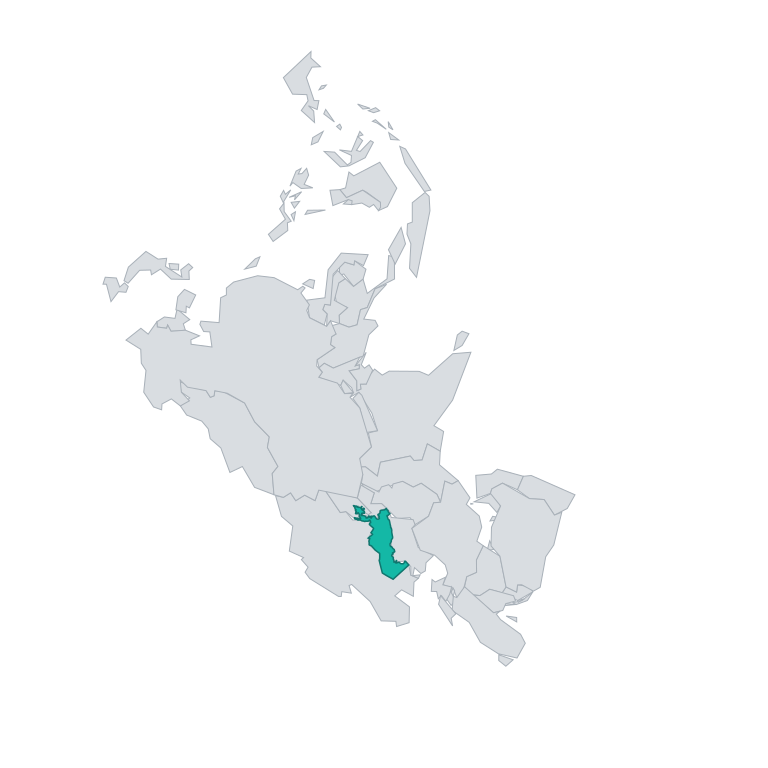 location of Uzbekistan within Asia, rotated 225°
{"feature_id": "UZB", "entity_name": "Uzbekistan", "entity_type": "country or territory", "adm_level": 0, "iso_a3": "UZB", "parent_name": "Asia", "parent_adm1": "", "projection": "robinson", "projection_center": [66.075, 41.364], "detail": "fine", "context": "in_parent", "style": "filled", "palette": "teal", "viewbox_px": 768, "rotation_deg": 225, "n_neighbors": 45, "source": "natural_earth", "source_scale": "50m", "svg_char_len": 18345}
<svg xmlns="http://www.w3.org/2000/svg" viewBox="0 0 768 768"><g transform="rotate(225 384 384)"><path d="M381.8,228.4L375.0,232.7L373.1,241.0L363.9,239.1L361.5,249.3L350.3,252.8L355.1,262.8L352.6,267.6L324.0,262.2L320.8,266.8L310.0,265.6L298.2,277.3L289.1,274.4L286.2,263.9L280.6,259.7L267.2,261.0L251.3,249.0L239.3,252.4L238.5,273.6L229.9,267.8L222.3,270.9L222.7,265.1L213.1,254.6L226.0,250.9L226.6,241.8L208.4,244.4L197.5,233.0L203.6,221.4L207.8,224.6L218.5,214.5L240.0,220.4L265.1,219.4L266.2,216.8L259.2,213.0L267.0,207.3L264.0,203.5L266.0,201.6L298.9,193.9L306.7,195.1L308.2,200.8L318.3,201.4L318.1,204.4L332.8,198.9L348.1,219.1L362.9,217.9L381.8,228.4Z" fill="#d9dde1" stroke="#a8b0b8" stroke-width="1"/><path d="M671.8,529.5L670.7,567.5L666.3,562.8L653.3,563.4L659.0,557.1L655.7,545.8L633.9,535.0L630.4,538.3L625.4,530.8L634.2,527.3L626.7,527.3L618.0,519.8L635.9,518.9L637.9,530.5L643.2,534.0L653.6,524.3L671.8,529.5ZM588.3,566.2L585.3,573.5L580.3,574.1L583.2,568.5L588.3,566.2ZM636.2,554.6L635.9,550.2L638.0,546.1L639.0,550.6L636.2,554.6ZM552.7,490.2L549.8,495.5L558.7,509.1L552.6,509.8L543.8,537.8L513.4,531.5L507.0,511.9L510.5,502.7L515.0,509.9L531.9,507.3L536.1,506.0L542.3,489.2L552.7,490.2ZM604.3,534.2L617.6,532.4L619.4,536.9L604.3,534.2ZM599.0,536.5L595.5,535.4L594.5,532.9L599.7,532.6L599.0,536.5ZM604.6,501.7L608.6,507.8L605.6,519.6L601.9,508.5L604.6,501.7ZM568.4,506.7L590.8,506.1L582.9,513.0L564.8,513.0L564.1,517.4L568.6,522.6L581.1,518.0L571.5,525.5L579.7,545.5L575.0,545.2L577.6,540.4L571.2,541.0L568.7,529.7L565.3,531.5L565.6,546.6L562.4,547.4L557.3,530.7L563.0,513.5L568.4,506.7ZM566.6,572.5L557.4,570.1L562.2,569.0L566.6,572.5ZM562.5,565.7L573.2,563.7L577.9,561.6L577.0,564.8L562.5,565.7ZM552.2,561.6L558.4,565.1L546.1,567.0L552.2,561.6ZM491.6,548.7L525.2,554.9L540.9,563.2L535.0,565.4L488.0,554.3L491.6,548.7ZM478.5,518.5L492.2,532.2L490.4,548.5L484.8,548.6L474.0,539.0L436.4,482.4L447.7,483.8L464.1,502.1L473.7,506.2L480.6,513.8L478.5,518.5Z" fill="#d9dde1" stroke="#a8b0b8" stroke-width="1"/><path d="M588.8,569.1L593.4,563.5L600.6,563.3L588.8,569.1Z" fill="#d9dde1" stroke="#a8b0b8" stroke-width="1"/><path d="M138.3,320.3L133.3,328.5L131.8,342.3L129.5,332.3L134.6,321.4L138.3,320.3Z" fill="#d9dde1" stroke="#a8b0b8" stroke-width="1"/><path d="M142.6,314.9L134.8,321.4L142.0,312.6L142.6,314.9Z" fill="#d9dde1" stroke="#a8b0b8" stroke-width="1"/><path d="M136.4,325.4L132.8,331.5L134.7,324.6L136.4,325.4Z" fill="#d9dde1" stroke="#a8b0b8" stroke-width="1"/><path d="M136.4,325.4L152.8,319.7L154.2,326.8L143.1,330.6L147.5,336.4L137.4,344.1L131.8,342.3L136.4,325.4Z" fill="#d9dde1" stroke="#a8b0b8" stroke-width="1"/><path d="M213.3,373.0L225.5,373.7L237.0,364.4L230.4,383.2L215.3,380.2L213.3,373.0Z" fill="#d9dde1" stroke="#a8b0b8" stroke-width="1"/><path d="M209.6,370.0L209.4,365.8L212.2,362.1L213.6,367.3L209.6,370.0Z" fill="#d9dde1" stroke="#a8b0b8" stroke-width="1"/><path d="M193.3,339.1L198.4,347.9L189.4,344.7L193.3,339.1Z" fill="#d9dde1" stroke="#a8b0b8" stroke-width="1"/><path d="M154.2,326.8L152.8,319.7L164.1,313.6L166.5,302.3L174.2,296.4L183.7,297.6L189.3,306.3L185.4,316.3L194.3,325.0L199.5,339.8L180.2,344.2L154.2,326.8Z" fill="#d9dde1" stroke="#a8b0b8" stroke-width="1"/><path d="M231.4,381.9L237.6,369.0L254.5,384.3L244.4,396.3L243.6,403.9L220.2,417.3L214.8,403.6L230.1,397.7L233.6,386.1L231.4,381.9ZM238.2,360.9L236.1,362.4L237.6,360.4L238.2,360.9Z" fill="#d9dde1" stroke="#a8b0b8" stroke-width="1"/><path d="M472.9,443.3L474.5,431.4L490.2,433.4L492.4,429.4L498.3,435.4L497.9,442.4L489.5,446.9L491.9,450.4L477.9,452.4L472.9,443.3Z" fill="#d9dde1" stroke="#a8b0b8" stroke-width="1"/><path d="M485.9,431.1L474.5,431.4L472.9,443.3L459.9,436.2L456.2,460.5L471.5,478.1L466.5,481.2L450.8,465.7L457.6,445.0L449.9,426.2L453.2,420.0L444.9,406.8L449.0,399.4L458.2,395.3L464.4,400.9L463.8,412.2L474.5,407.6L482.4,412.7L487.5,423.6L485.9,431.1Z" fill="#d9dde1" stroke="#a8b0b8" stroke-width="1"/><path d="M497.0,431.5L485.9,431.1L487.5,423.6L478.3,408.0L463.8,412.2L464.4,400.9L458.2,395.3L466.5,390.9L465.3,384.2L473.7,393.3L479.9,393.3L482.2,398.4L477.7,402.0L496.1,421.6L497.0,431.5Z" fill="#d9dde1" stroke="#a8b0b8" stroke-width="1"/><path d="M458.2,395.3L449.0,399.4L444.9,406.8L453.2,420.0L449.9,426.2L457.6,445.0L452.7,456.4L451.9,437.8L444.2,415.6L435.3,422.7L429.3,420.8L429.5,408.1L418.5,389.1L431.1,359.4L440.9,356.4L441.4,349.5L448.5,353.9L444.5,375.0L449.7,374.0L454.5,380.5L453.3,385.4L463.0,386.9L458.2,395.3Z" fill="#d9dde1" stroke="#a8b0b8" stroke-width="1"/><path d="M482.2,453.2L491.9,450.4L489.5,446.9L497.9,442.4L497.6,425.7L477.7,402.0L482.2,398.4L479.9,393.3L473.7,393.3L467.9,383.4L483.5,378.2L497.9,388.7L486.7,403.2L504.3,425.3L506.8,446.3L486.7,464.2L482.2,453.2Z" fill="#d9dde1" stroke="#a8b0b8" stroke-width="1"/><path d="M588.6,267.4L586.7,276.1L578.2,282.6L583.3,290.7L566.9,292.2L568.5,284.7L562.5,281.6L565.4,277.9L571.9,270.7L578.7,272.7L577.1,269.7L584.6,264.0L588.6,267.4Z" fill="#d9dde1" stroke="#a8b0b8" stroke-width="1"/><path d="M574.4,294.3L583.6,289.3L591.5,299.9L592.0,309.8L580.1,313.8L575.4,300.2L578.8,299.2L574.4,294.3Z" fill="#d9dde1" stroke="#a8b0b8" stroke-width="1"/><path d="M383.5,227.9L402.4,219.4L425.8,225.5L430.4,212.5L454.1,223.4L468.2,222.4L476.6,228.0L486.6,228.9L501.6,222.5L512.5,224.5L511.5,236.8L521.5,234.9L530.8,240.7L505.1,253.5L497.4,251.8L495.8,255.5L498.9,259.6L493.3,264.6L469.1,272.0L448.8,265.8L427.7,265.5L421.6,256.7L400.7,250.7L399.7,241.6L383.5,227.9Z" fill="#d9dde1" stroke="#a8b0b8" stroke-width="1"/><path d="M441.4,349.5L440.9,356.4L431.1,359.4L420.2,385.8L417.1,376.6L415.1,380.3L412.2,377.3L417.9,368.7L405.5,367.0L398.4,360.1L396.8,364.1L400.6,367.2L396.5,371.5L399.7,373.0L401.2,387.9L391.6,389.0L389.4,396.8L368.1,417.8L358.7,421.6L356.8,454.0L345.0,467.9L324.1,421.1L319.2,389.8L308.3,392.6L296.7,376.2L311.0,372.3L303.3,357.2L308.7,351.1L314.5,351.6L331.2,326.2L323.5,314.2L338.6,312.3L343.1,307.4L348.6,314.2L348.4,330.6L360.4,338.3L355.6,346.4L371.9,354.8L395.9,360.3L398.7,350.6L399.6,356.3L404.2,358.5L415.6,357.8L413.6,352.4L434.9,342.6L436.0,348.7L441.4,349.5Z" fill="#d9dde1" stroke="#a8b0b8" stroke-width="1"/><path d="M417.1,376.6L419.0,393.8L413.7,381.6L409.0,381.4L408.1,387.0L401.8,385.7L396.5,371.5L400.6,367.2L396.8,364.1L398.4,360.1L405.5,367.0L417.9,368.7L412.2,377.3L415.1,380.3L417.1,376.6Z" fill="#d9dde1" stroke="#a8b0b8" stroke-width="1"/><path d="M413.6,352.4L415.6,357.8L399.6,356.3L405.1,349.3L413.6,352.4Z" fill="#d9dde1" stroke="#a8b0b8" stroke-width="1"/><path d="M395.8,351.8L395.9,360.3L391.7,360.4L355.6,346.4L362.4,336.9L384.2,349.9L395.8,351.8Z" fill="#d9dde1" stroke="#a8b0b8" stroke-width="1"/><path d="M343.1,307.4L338.6,312.3L323.5,314.2L331.2,326.2L314.5,351.6L308.7,351.1L303.3,357.2L311.0,372.3L296.7,376.2L287.6,366.1L263.2,368.1L265.1,361.3L272.3,358.3L260.4,340.4L268.6,343.4L287.5,340.1L290.4,331.8L302.0,328.3L313.9,301.5L329.8,297.8L335.0,305.0L343.1,307.4Z" fill="#d9dde1" stroke="#a8b0b8" stroke-width="1"/><path d="M279.7,298.0L301.1,297.7L308.7,290.0L313.9,300.1L320.6,295.7L329.8,297.8L311.2,304.0L313.0,309.4L309.5,316.1L304.9,316.0L306.9,319.8L302.0,328.3L290.4,331.8L287.5,340.1L268.6,343.4L260.4,340.4L264.9,335.1L259.0,322.0L262.6,306.5L271.1,307.9L279.7,298.0Z" fill="#d9dde1" stroke="#a8b0b8" stroke-width="1"/><path d="M294.5,297.8L297.2,291.9L293.8,283.6L307.8,275.6L309.5,279.8L302.2,283.9L322.3,284.5L328.9,296.2L313.9,300.1L308.7,290.0L301.1,297.7L294.5,297.8Z" fill="#d9dde1" stroke="#a8b0b8" stroke-width="1"/><path d="M309.0,268.1L320.8,266.8L324.0,262.2L352.6,267.6L322.3,284.5L302.2,283.9L302.6,280.6L319.1,276.2L306.6,272.4L309.0,268.1Z" fill="#d9dde1" stroke="#a8b0b8" stroke-width="1"/><path d="M222.3,270.9L229.9,267.8L236.0,273.9L243.8,273.6L251.3,265.3L288.4,293.0L288.2,296.5L284.5,294.8L267.5,308.7L262.6,306.5L262.2,301.6L244.2,292.6L227.7,297.5L227.9,287.3L222.6,281.0L223.9,276.1L232.6,275.7L228.1,268.9L223.5,274.6L222.3,270.9Z" fill="#d9dde1" stroke="#a8b0b8" stroke-width="1"/><path d="M199.5,339.8L194.3,325.0L185.4,316.3L189.3,306.3L181.4,293.0L181.5,284.5L190.9,288.5L200.4,283.6L205.1,295.2L212.8,299.4L227.1,298.8L240.8,292.1L262.2,301.6L259.0,322.0L264.9,335.1L260.4,340.4L272.3,358.3L265.1,361.3L263.2,368.1L242.7,364.3L240.7,357.1L223.3,358.0L213.7,351.9L207.2,338.5L199.5,339.8Z" fill="#d9dde1" stroke="#a8b0b8" stroke-width="1"/><path d="M137.5,323.6L142.6,314.9L139.9,307.9L144.8,299.7L172.0,297.3L166.5,302.3L164.1,313.6L142.7,325.9L137.5,323.6Z" fill="#d9dde1" stroke="#a8b0b8" stroke-width="1"/><path d="M192.7,288.3L179.8,279.7L180.0,274.9L189.1,276.5L192.7,288.3Z" fill="#d9dde1" stroke="#a8b0b8" stroke-width="1"/><path d="M183.7,297.6L144.8,299.7L141.3,305.5L141.9,300.7L135.0,299.8L110.4,303.6L100.8,300.6L96.2,284.3L112.4,274.1L133.2,269.5L155.2,275.7L175.7,272.1L184.9,282.9L181.5,284.5L183.7,297.6ZM98.3,270.6L107.3,269.6L111.3,273.7L97.7,280.3L98.3,270.6Z" fill="#d9dde1" stroke="#a8b0b8" stroke-width="1"/><path d="M366.8,470.5L366.1,476.6L359.5,479.6L356.0,466.5L358.3,457.1L366.8,470.5Z" fill="#d9dde1" stroke="#a8b0b8" stroke-width="1"/><path d="M506.3,408.2L501.6,401.4L512.3,397.3L510.6,405.4L506.3,408.2ZM322.3,284.5L355.1,262.8L350.3,252.8L361.5,249.3L363.9,239.1L373.1,241.0L375.0,232.7L383.5,227.9L399.7,241.6L400.7,250.7L421.6,256.7L427.7,265.5L448.8,265.8L469.1,272.0L488.2,266.7L498.9,259.6L495.8,255.5L497.4,251.8L505.1,253.5L520.7,242.8L530.9,242.7L521.5,234.9L509.7,234.5L512.5,224.5L523.8,223.1L526.9,212.9L523.0,208.5L530.7,204.8L548.1,208.3L561.9,225.3L570.3,227.1L580.5,236.5L597.5,232.6L595.3,251.5L586.0,252.5L588.6,267.4L584.6,264.0L577.1,269.7L578.7,272.7L571.9,270.7L562.5,281.6L548.5,287.6L551.8,278.7L548.5,275.7L531.8,288.5L544.0,297.7L548.6,293.6L556.4,296.0L557.9,299.0L544.0,310.8L560.5,329.5L558.4,335.5L563.3,340.4L562.4,349.8L549.9,371.2L536.9,381.5L511.7,389.6L510.5,395.7L507.7,396.1L507.1,389.6L492.7,387.2L490.7,381.4L483.5,378.2L465.3,384.2L466.5,390.9L453.3,385.4L454.5,380.5L449.7,374.0L444.5,375.0L448.5,353.9L444.3,349.1L436.0,348.7L434.9,342.6L417.6,351.7L405.1,349.3L399.4,355.2L398.7,350.6L384.2,349.9L348.4,330.6L348.6,314.2L335.0,305.0L322.3,284.5Z" fill="#d9dde1" stroke="#a8b0b8" stroke-width="1"/><path d="M563.7,366.8L563.5,381.5L561.7,386.2L557.7,377.0L563.7,366.8Z" fill="#d9dde1" stroke="#a8b0b8" stroke-width="1"/><path d="M193.7,270.5L200.0,274.5L203.9,270.8L211.8,279.7L207.8,280.2L203.9,290.9L200.4,283.6L192.7,288.3L188.9,281.8L186.6,274.0L193.7,275.0L193.7,270.5ZM190.9,288.5L187.7,287.7L184.9,282.9L189.3,284.2L190.9,288.5Z" fill="#d9dde1" stroke="#a8b0b8" stroke-width="1"/><path d="M164.4,261.4L189.6,266.8L194.4,274.4L170.7,272.3L170.9,265.9L164.4,261.4Z" fill="#d9dde1" stroke="#a8b0b8" stroke-width="1"/><path d="M568.4,443.2L563.2,435.8L569.5,438.1L568.4,443.2ZM578.2,461.7L577.5,450.9L579.7,454.5L583.1,448.9L578.2,461.7ZM590.4,457.4L596.7,472.4L595.1,477.8L593.1,471.8L590.8,474.8L591.2,481.8L585.0,478.4L581.6,468.7L573.0,472.4L580.8,463.7L590.9,462.0L590.4,457.4ZM560.9,452.8L548.4,465.6L559.7,448.1L560.9,452.8ZM571.6,408.1L570.2,430.8L581.7,434.0L582.7,441.3L576.5,435.3L564.7,433.5L566.3,429.7L560.6,424.5L563.2,406.4L571.6,408.1ZM572.8,453.5L571.7,445.0L578.1,446.8L572.8,453.5ZM590.1,443.4L591.9,449.9L587.9,448.4L587.2,455.3L583.7,441.1L590.1,443.4Z" fill="#d9dde1" stroke="#a8b0b8" stroke-width="1"/><path d="M460.9,476.7L475.8,482.1L482.6,506.8L467.9,498.3L460.9,476.7ZM552.7,490.2L542.3,489.2L536.1,506.0L515.0,509.9L511.4,506.6L510.5,502.7L518.3,503.6L519.3,498.6L527.6,496.3L533.7,488.0L539.6,489.2L546.3,474.0L559.2,482.8L552.7,490.2Z" fill="#d9dde1" stroke="#a8b0b8" stroke-width="1"/><path d="M540.0,482.6L539.6,489.2L536.1,491.0L533.7,488.0L540.0,482.6Z" fill="#d9dde1" stroke="#a8b0b8" stroke-width="1"/><path d="M647.4,285.9L646.1,309.4L632.1,312.5L626.6,319.2L621.7,312.6L602.6,316.7L608.4,321.0L607.2,330.9L601.6,331.1L601.8,325.9L595.6,320.2L608.6,307.7L623.3,307.2L625.7,296.8L629.6,299.6L637.2,291.6L636.2,274.3L640.9,273.2L647.4,285.9ZM650.8,258.3L653.3,255.9L656.6,262.4L648.2,269.7L639.4,265.7L639.0,272.0L633.8,272.1L631.3,266.4L637.0,261.6L635.3,249.2L650.8,258.3ZM609.9,319.2L616.3,314.0L621.2,317.2L613.9,323.6L609.9,319.2Z" fill="#d9dde1" stroke="#a8b0b8" stroke-width="1"/><path d="M214.8,403.6L220.2,417.3L215.2,423.4L170.6,440.7L166.4,425.6L170.8,411.8L189.1,415.5L200.1,405.8L214.8,403.6Z" fill="#d9dde1" stroke="#a8b0b8" stroke-width="1"/><path d="M131.9,343.2L144.8,339.4L147.5,336.4L143.1,330.6L154.2,326.8L180.2,344.2L193.8,345.2L206.7,358.7L215.3,380.2L231.4,381.9L233.6,386.1L230.1,397.7L200.1,405.8L189.1,415.5L170.8,411.8L167.6,419.0L150.1,390.2L147.5,376.2L129.8,350.7L131.9,343.2Z" fill="#d9dde1" stroke="#a8b0b8" stroke-width="1"/><path d="M133.6,306.3L125.1,312.7L121.9,309.6L133.6,306.3Z" fill="#d9dde1" stroke="#a8b0b8" stroke-width="1"/><path d="M309.0,268.2L309.4,268.0L309.8,268.2L310.2,268.5L310.3,268.6L309.4,269.2L308.8,269.4L308.6,269.5L308.3,270.1L308.0,270.2L307.5,270.4L307.2,270.6L306.7,271.2L305.4,272.1L305.4,272.3L305.5,272.5L306.0,272.6L306.5,272.8L306.8,273.0L307.6,272.8L307.8,272.8L308.1,273.1L308.3,273.9L308.7,274.1L309.2,274.3L309.5,274.3L309.9,274.5L310.4,274.6L310.8,274.5L311.2,274.7L311.3,274.6L311.3,273.4L311.7,273.6L311.9,273.6L312.1,273.5L312.2,273.3L312.2,272.9L312.1,272.5L312.3,272.3L312.5,272.3L312.6,272.8L312.9,272.9L313.0,273.0L313.2,273.3L313.4,273.6L313.5,274.3L313.9,274.3L314.3,274.5L314.6,274.3L314.8,274.4L314.9,274.7L314.9,275.0L315.0,275.3L315.5,275.2L315.8,275.2L316.1,275.3L316.5,275.5L317.0,276.1L318.0,276.2L318.2,276.3L318.5,276.3L318.8,276.2L319.5,276.4L319.5,276.5L319.4,276.7L317.8,277.4L317.7,277.7L317.4,278.0L317.0,278.2L316.8,278.2L316.1,277.9L315.9,278.0L316.1,278.5L315.9,278.9L315.4,278.7L315.1,278.6L314.8,278.7L314.2,279.2L314.1,279.5L313.7,279.8L313.1,280.1L312.8,280.3L312.6,280.2L312.4,279.9L312.2,280.0L311.9,280.0L311.6,279.8L311.2,279.6L310.9,279.5L309.9,279.6L309.4,279.7L309.3,279.8L309.0,279.8L307.8,280.0L307.6,279.9L307.4,279.6L307.2,279.3L306.9,279.2L306.6,279.1L306.5,278.8L306.5,278.7L308.0,277.4L308.1,277.2L308.2,276.9L307.7,276.7L307.8,276.5L307.8,276.3L307.4,275.9L306.7,275.3L306.5,275.2L306.4,275.3L306.2,275.9L306.0,276.0L305.3,276.5L303.6,277.2L303.3,277.4L303.1,277.4L302.9,277.3L302.3,276.8L301.9,276.6L301.6,276.8L301.4,277.0L301.4,277.5L301.2,277.8L300.9,277.9L301.4,279.3L301.4,279.5L301.0,279.5L301.3,280.0L301.1,280.1L300.5,280.0L299.7,279.9L298.3,280.1L298.2,280.2L298.2,280.3L298.3,280.4L299.0,280.5L299.6,280.4L299.8,280.5L299.8,280.8L299.6,280.8L299.1,280.9L299.0,281.0L299.2,281.4L299.4,281.6L299.3,281.8L299.2,281.9L299.0,281.7L298.9,281.7L298.9,281.9L298.9,282.0L298.7,282.1L298.3,282.1L298.2,282.7L298.1,283.3L297.7,283.7L297.5,283.9L297.2,283.9L296.7,283.9L296.4,283.8L295.6,283.7L294.8,283.5L293.9,283.4L293.1,283.8L292.8,284.0L292.7,284.2L292.5,284.3L292.2,285.6L292.4,285.9L293.5,286.1L293.7,286.4L293.7,286.9L293.8,287.0L294.2,287.1L294.7,287.1L295.1,287.0L295.5,287.1L295.8,287.2L295.9,287.4L296.0,287.6L295.5,288.9L295.6,289.4L295.7,290.1L296.0,290.6L296.5,291.1L296.9,291.4L297.0,291.6L297.0,291.8L297.0,292.1L296.7,292.6L296.5,293.0L296.2,293.2L295.8,293.8L295.4,294.4L294.7,295.3L294.5,295.8L294.4,297.2L294.2,297.6L293.9,297.3L293.5,297.3L293.2,297.3L293.0,297.1L292.7,297.1L292.1,297.4L291.5,297.3L290.9,296.7L289.7,296.5L288.3,296.6L288.2,296.0L288.2,295.1L288.3,294.1L288.8,293.2L288.7,292.9L288.5,292.7L287.6,292.5L287.4,292.4L287.0,292.1L286.6,291.8L286.2,291.6L285.6,291.4L285.1,291.2L284.7,291.4L284.4,291.5L284.2,291.5L283.9,291.4L282.9,290.8L281.3,289.7L280.1,288.9L279.4,288.5L279.2,288.4L278.7,288.1L277.7,287.1L277.0,287.3L276.0,286.7L275.1,286.1L274.9,285.9L273.9,284.8L271.8,283.3L269.8,282.0L269.3,281.5L269.1,281.3L268.9,281.0L268.6,279.3L268.2,278.5L267.7,278.1L267.3,277.2L266.9,276.0L266.7,275.2L266.4,274.9L265.9,274.5L265.2,274.0L264.5,273.8L264.3,273.8L264.1,273.9L264.0,274.0L263.7,274.3L263.3,274.3L263.0,274.3L262.7,274.2L261.9,274.1L261.6,274.0L261.0,274.0L259.9,274.2L259.6,274.1L258.4,273.4L257.9,273.1L257.8,272.7L258.0,272.3L258.2,272.0L258.1,271.7L257.9,271.4L257.9,271.0L258.1,270.8L258.4,270.9L258.5,270.8L258.5,270.6L258.3,270.5L258.1,270.2L257.4,269.9L257.3,269.7L257.5,269.5L257.5,269.3L257.5,268.9L257.6,268.7L257.5,268.4L257.3,268.3L257.0,267.9L256.5,267.9L255.1,267.9L254.6,267.8L254.3,267.6L253.9,266.9L253.7,266.7L253.2,266.6L252.7,266.5L252.4,266.4L251.8,265.8L251.1,265.2L250.8,265.7L250.6,265.8L250.0,265.8L249.6,265.7L249.3,265.8L249.0,266.0L249.3,266.3L249.7,266.6L250.2,267.3L250.5,267.7L250.5,267.8L250.4,268.0L250.1,268.0L250.0,267.8L250.0,267.7L249.8,267.4L249.6,267.2L249.4,267.1L249.1,267.0L248.6,266.8L248.4,266.8L248.2,267.0L247.9,267.7L247.6,268.3L247.4,268.6L246.8,268.7L245.3,268.8L244.9,268.9L244.6,269.2L244.0,269.9L243.6,270.1L243.3,270.5L243.3,271.6L243.5,272.8L243.7,273.2L243.9,273.3L243.6,273.6L243.4,273.9L243.2,273.9L242.7,273.8L242.3,273.8L238.5,273.6L238.6,270.9L239.4,255.0L239.5,252.4L246.5,250.4L251.0,249.3L251.5,249.2L252.0,249.5L255.1,251.3L257.6,252.8L258.3,253.2L262.6,255.8L262.9,256.1L263.0,256.7L263.3,257.1L263.8,257.6L264.3,258.2L265.4,259.3L267.1,261.0L267.5,261.1L272.8,260.3L278.5,260.7L280.2,259.9L280.7,259.8L281.1,260.1L281.9,261.0L282.4,261.5L283.4,262.1L284.8,264.6L286.2,263.9L286.1,265.2L286.0,266.9L285.8,267.8L285.8,269.6L288.1,269.7L288.2,270.3L288.3,271.1L288.6,272.6L288.9,273.9L289.1,274.4L289.3,274.5L289.6,274.6L293.9,274.3L294.3,274.5L294.6,274.4L294.9,274.3L295.3,274.9L295.5,275.1L295.7,275.3L295.5,276.2L295.4,276.5L295.7,276.8L296.0,277.0L296.6,277.4L297.2,277.6L297.6,277.7L297.9,277.6L298.1,277.4L298.0,277.1L297.8,276.8L297.8,276.4L298.0,276.1L298.7,275.2L299.2,274.7L299.8,274.2L300.1,273.9L300.2,273.3L300.6,273.0L301.1,272.8L301.6,272.6L301.8,272.3L302.5,271.8L303.0,271.5L303.6,271.4L304.4,271.1L305.0,270.7L305.6,270.0L306.1,269.5L306.5,269.2L306.8,269.2L307.1,269.4L307.3,269.4L307.6,269.0L307.9,268.7L308.1,268.5L308.6,268.5L309.0,268.2ZM307.7,275.8L307.7,275.6L307.6,275.4L307.3,275.3L307.2,275.3L307.3,275.5L307.6,275.8L307.7,275.8ZM310.5,281.8L310.2,281.9L309.8,281.9L309.6,281.8L309.7,281.3L309.7,281.2L309.4,281.0L309.3,280.7L309.4,280.4L309.5,280.3L309.9,280.7L310.1,280.8L310.6,280.9L310.3,281.3L310.5,281.7L310.5,281.8ZM313.2,281.5L312.9,281.7L312.7,281.5L312.7,281.4L313.0,281.3L313.1,281.2L313.2,281.5Z" fill="#14b8a6" stroke="#0f766e" stroke-width="1.5"/></g></svg>